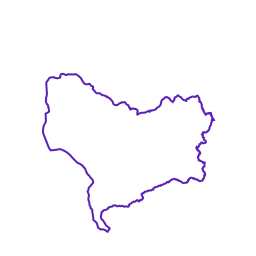 Villamaria, Caldas, Colombia, rotated 148°
{"feature_id": "7082276B7776836926778", "entity_name": "Villamaria", "entity_type": "district", "adm_level": 2, "iso_a3": "COL", "parent_name": "Colombia", "parent_adm1": "Caldas", "projection": "natural_earth1", "projection_center": [-75.477, 4.926], "detail": "fine", "context": "isolated", "style": "outline", "palette": "violet", "viewbox_px": 256, "rotation_deg": 148, "n_neighbors": 0, "source": "geoboundaries", "source_scale": "gbopen_adm2", "svg_char_len": 5676}
<svg xmlns="http://www.w3.org/2000/svg" viewBox="0 0 256 256"><g transform="rotate(148 128 128)"><path d="M50.9,89.2L50.8,90.8L51.3,91.7L50.9,92.2L51.0,92.5L50.8,92.9L50.9,93.8L50.5,94.1L50.7,94.6L50.4,94.8L50.5,95.3L50.1,95.8L50.2,96.2L49.9,96.7L50.5,96.8L50.6,97.3L51.0,97.4L51.1,97.7L51.6,97.8L51.7,97.6L52.0,98.0L52.6,97.8L53.2,98.5L54.9,98.0L55.3,99.4L54.9,100.7L55.1,101.3L55.1,101.8L54.9,102.0L54.9,102.5L54.6,102.7L54.4,103.7L54.9,104.1L54.9,104.8L54.3,105.2L54.4,105.8L54.2,106.3L54.4,106.6L53.1,108.6L53.1,109.3L52.7,110.4L52.7,111.3L52.8,111.2L53.3,112.0L53.4,113.0L52.8,113.5L52.6,114.1L52.3,114.4L52.2,115.1L51.8,115.5L52.0,116.0L51.8,116.5L51.8,118.1L52.0,118.7L52.8,118.9L54.2,118.5L56.7,120.6L58.7,120.8L59.8,121.2L61.2,120.6L62.3,121.5L63.4,121.2L64.2,120.1L64.3,120.2L66.2,122.6L66.6,124.1L66.8,126.0L67.8,127.8L68.3,129.2L68.6,129.3L70.4,128.8L71.8,129.1L72.6,128.8L73.0,128.5L73.2,127.8L73.7,127.4L75.1,126.7L76.4,126.4L76.6,127.5L77.2,128.6L77.1,130.2L77.5,131.2L77.3,131.7L77.9,132.3L78.5,133.5L79.9,134.3L80.9,134.2L81.6,133.8L84.2,133.8L85.6,132.9L88.0,130.5L89.3,129.9L91.1,129.6L92.9,129.8L94.5,129.1L97.3,129.7L99.8,131.0L100.2,130.3L100.9,130.3L101.2,130.4L102.0,131.7L105.1,131.9L108.4,133.7L110.1,134.2L111.1,134.4L112.8,134.3L112.9,134.7L112.4,135.2L112.1,136.0L110.8,137.3L110.5,138.2L111.5,140.3L112.0,140.4L112.5,140.8L113.4,142.0L114.3,142.4L114.8,142.3L115.4,142.4L115.8,142.2L116.2,142.7L116.3,143.4L115.7,144.1L116.1,145.1L115.7,146.8L115.8,147.4L116.4,148.0L116.8,149.2L116.9,150.3L116.8,150.9L116.9,151.4L117.8,152.1L118.7,152.3L119.9,153.2L120.7,153.0L121.8,153.4L124.9,153.1L126.5,154.0L127.6,155.7L127.4,157.6L127.1,158.3L127.1,159.5L127.4,160.3L127.6,161.9L128.2,163.7L128.8,164.6L129.0,165.6L129.6,165.6L130.0,167.0L130.7,167.7L131.3,168.7L132.6,169.6L133.1,171.5L133.6,172.4L134.7,173.2L135.6,173.5L136.6,175.1L136.7,177.2L137.3,179.7L136.0,180.9L135.8,181.4L135.8,181.8L137.0,183.8L137.2,185.9L138.8,186.4L140.7,187.5L141.5,188.7L141.7,191.0L141.7,191.7L141.5,192.3L141.6,192.9L141.5,195.8L142.0,196.8L142.2,198.1L142.9,199.3L143.3,200.9L144.7,201.8L145.2,201.8L147.8,203.7L148.8,204.1L149.7,205.0L150.9,205.4L151.8,205.4L152.6,205.9L154.0,208.0L155.6,209.1L156.2,209.2L156.7,208.9L158.0,208.0L158.5,207.0L159.1,206.7L161.7,207.6L162.6,208.6L163.5,209.3L163.9,210.5L165.1,210.9L167.0,212.0L168.5,212.0L170.4,211.0L172.9,210.1L174.1,208.4L178.7,199.8L180.4,197.9L181.8,196.8L182.4,195.3L183.2,194.7L183.6,194.0L184.1,191.5L184.1,190.7L183.8,189.6L184.0,189.0L184.4,188.5L184.9,186.5L186.2,183.8L187.0,183.6L190.3,183.8L194.2,177.0L198.0,174.7L198.9,174.0L201.1,171.4L202.1,169.7L202.8,168.1L205.6,153.2L205.4,150.0L202.1,148.3L196.9,146.1L196.0,145.2L193.9,142.0L192.6,139.4L191.4,135.5L190.8,131.6L189.4,125.5L189.0,124.7L187.5,122.6L186.4,119.8L186.4,118.7L186.2,118.3L186.3,118.1L185.9,115.8L186.2,115.0L186.8,111.2L186.8,110.4L186.2,108.3L186.0,105.3L185.6,103.6L185.6,102.3L186.0,100.9L186.8,100.0L190.3,98.8L192.6,98.2L193.3,97.8L194.6,96.2L195.9,95.6L196.7,91.6L197.5,90.9L199.3,88.7L199.8,87.5L200.0,86.2L201.6,82.5L201.6,80.5L202.2,79.6L202.0,78.7L201.6,78.0L201.8,77.3L202.8,75.6L204.9,70.5L205.9,69.1L206.0,68.1L204.9,64.5L205.1,62.8L206.1,59.8L206.1,59.2L205.2,56.8L204.9,56.4L203.9,56.1L202.1,54.4L201.2,53.0L200.7,51.4L200.3,50.8L198.4,51.8L197.3,52.0L196.7,52.7L196.7,53.1L197.4,54.6L198.2,57.1L198.3,58.4L198.1,59.0L198.2,63.2L198.5,63.7L198.7,64.8L198.5,66.1L197.8,67.5L196.8,68.3L196.5,69.0L195.7,69.5L195.3,70.4L194.5,70.5L194.0,70.8L193.2,70.7L192.8,71.1L191.3,70.9L189.8,70.2L188.0,70.2L187.6,70.6L187.0,70.5L186.8,70.8L185.8,70.9L182.8,69.7L181.7,70.1L180.8,69.8L179.6,68.9L178.5,67.1L176.6,66.7L175.9,65.6L174.7,65.4L173.5,64.4L173.3,63.5L170.6,62.3L170.0,61.3L169.6,61.1L168.5,61.3L167.7,62.4L167.2,62.3L166.3,62.6L165.2,62.3L164.1,62.7L162.9,62.4L161.9,62.5L161.4,61.9L160.6,61.7L159.3,62.0L158.4,61.9L157.9,61.5L157.9,60.5L157.8,60.1L157.2,59.8L155.7,60.4L155.2,60.3L154.8,59.8L153.6,60.0L152.5,60.4L152.1,61.0L151.9,63.7L151.6,64.7L150.1,65.0L149.3,64.4L147.7,65.1L145.4,64.1L143.9,64.2L142.6,63.3L142.2,63.3L141.3,62.8L140.3,62.9L139.3,62.3L138.3,63.4L137.2,63.3L136.3,63.5L134.8,62.8L133.9,62.8L133.4,62.5L132.2,62.7L131.1,61.7L130.1,62.1L129.0,61.5L127.7,61.6L125.1,61.0L123.5,61.5L123.1,61.2L122.7,60.6L122.1,60.7L121.6,60.5L121.1,61.0L120.4,60.8L118.5,61.2L117.5,60.7L115.8,60.5L115.4,60.2L114.6,58.7L113.9,58.6L113.7,57.5L113.4,57.6L113.1,57.4L112.3,55.5L111.8,55.3L111.0,53.0L110.1,52.0L107.1,50.5L106.3,51.0L105.4,50.8L104.9,51.8L104.4,52.0L103.5,51.9L102.9,52.6L102.1,52.7L100.7,52.4L100.1,51.8L99.7,50.7L98.7,50.6L98.4,49.1L96.9,48.1L96.7,47.1L96.1,46.7L95.9,45.8L95.6,45.2L95.0,44.7L93.7,44.4L93.1,44.0L92.0,44.2L91.5,45.1L90.3,45.1L89.4,46.1L88.7,46.4L88.4,47.6L87.5,47.4L87.4,47.9L86.8,48.3L86.6,50.4L87.0,50.8L87.1,51.6L86.8,52.2L86.9,52.3L86.4,54.2L85.6,54.4L85.0,55.0L84.1,54.8L83.1,55.3L82.6,56.6L81.9,57.6L81.3,57.8L81.2,58.0L82.0,58.8L82.8,58.8L83.1,60.6L84.3,61.8L84.4,62.5L85.1,63.1L84.7,63.7L84.5,65.6L84.0,66.5L83.3,66.5L82.9,66.9L82.8,67.3L81.8,67.9L81.4,67.7L81.0,68.5L80.3,68.2L80.0,68.4L79.8,69.6L79.9,70.7L80.0,71.0L80.7,71.9L80.2,72.8L80.8,73.5L80.2,73.9L80.2,74.2L80.6,74.7L80.5,75.1L79.8,75.2L79.5,75.6L78.8,74.7L78.0,74.7L76.8,75.4L75.9,76.4L75.1,76.0L73.7,76.8L72.8,76.5L72.5,75.2L72.3,75.1L70.4,74.5L69.6,74.5L68.8,76.1L69.6,77.1L69.8,78.0L69.5,78.8L68.7,79.4L69.4,80.7L68.3,82.3L68.7,83.0L68.7,83.4L67.5,83.5L66.9,84.4L66.3,84.5L65.7,84.2L65.2,83.3L64.7,83.1L63.4,82.8L62.7,83.2L61.6,83.0L61.0,83.4L60.0,83.6L58.4,85.4L55.8,86.9L54.7,88.4L53.9,88.6L53.2,89.2L53.0,90.1L52.6,90.5L52.3,90.4L51.9,89.5L50.9,89.2Z" fill="none" stroke="#5b21b6" stroke-width="2"/></g></svg>